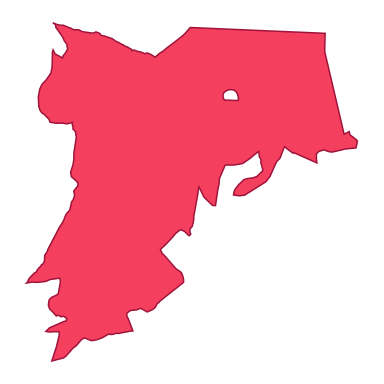 Isangi, Orientale, Democratic Republic of the Congo (Mercator projection)
{"feature_id": "63176286B30130216174864", "entity_name": "Isangi", "entity_type": "district", "adm_level": 2, "iso_a3": "COD", "parent_name": "Democratic Republic of the Congo", "parent_adm1": "Orientale", "projection": "mercator", "projection_center": [24.08, 0.36], "detail": "fine", "context": "isolated", "style": "filled", "palette": "rose", "viewbox_px": 384, "rotation_deg": 0, "n_neighbors": 0, "source": "geoboundaries", "source_scale": "gbopen_adm2", "svg_char_len": 4446}
<svg xmlns="http://www.w3.org/2000/svg" viewBox="0 0 384 384"><path d="M190.2,27.5L185.0,33.5L182.3,36.1L180.4,37.5L178.7,38.9L173.3,43.0L166.9,47.9L163.1,51.1L160.6,52.6L158.9,53.8L158.4,54.3L155.0,57.2L153.2,55.9L151.8,55.0L150.1,54.1L148.2,53.2L147.9,53.2L146.5,53.0L145.2,53.6L144.9,53.7L141.0,52.1L140.0,51.7L138.3,51.6L134.5,50.2L133.8,50.0L133.0,50.3L132.0,50.8L131.8,50.1L131.6,49.4L127.9,47.3L126.8,46.6L125.0,46.4L123.6,45.4L123.6,45.2L123.4,44.8L122.4,44.6L119.5,43.0L117.3,41.8L115.3,41.0L113.3,39.3L111.3,38.3L107.3,37.0L104.1,35.9L101.5,35.5L99.5,33.2L97.8,32.6L96.3,32.0L95.6,32.1L95.3,32.1L95.0,32.3L93.8,32.9L92.4,33.1L84.9,32.0L82.4,31.7L78.8,29.8L75.4,29.7L73.5,29.7L72.8,29.3L71.0,28.2L68.1,27.3L63.3,25.2L62.0,25.2L60.1,25.2L56.8,24.4L53.5,23.0L53.4,23.3L55.5,24.5L55.6,25.7L55.7,26.5L55.8,27.3L62.7,37.1L64.3,40.9L67.1,44.6L67.1,44.8L67.0,46.0L67.7,48.9L65.2,53.3L64.5,54.1L63.1,55.8L63.0,56.4L62.9,56.6L62.6,57.9L56.4,54.6L55.2,54.0L53.1,49.9L52.4,52.4L52.3,59.2L52.1,67.2L51.2,71.6L50.8,73.3L46.0,80.1L42.1,84.1L39.8,89.0L39.2,92.2L38.3,96.9L38.8,106.5L40.0,110.2L40.8,111.4L41.9,113.0L43.8,114.0L44.8,115.0L49.0,119.3L50.0,122.2L53.6,122.8L56.7,123.3L59.9,123.1L62.6,123.1L66.8,123.9L72.4,122.5L72.3,124.1L72.2,124.4L72.4,125.2L72.6,126.0L73.1,127.7L73.0,128.1L73.0,128.3L72.9,129.0L75.4,131.6L76.3,137.2L73.9,153.0L73.8,159.7L73.0,164.7L70.6,172.4L71.4,176.7L72.9,178.0L75.9,180.6L77.9,183.0L77.9,185.7L73.7,191.1L74.6,195.4L74.3,196.5L73.3,199.4L71.6,202.0L69.7,210.2L69.2,210.7L68.7,211.2L67.0,213.0L66.5,213.8L66.4,214.0L65.7,215.0L63.2,221.4L59.0,228.0L56.9,232.1L48.7,247.8L47.8,249.5L47.5,250.8L46.6,252.6L45.0,254.7L44.6,257.0L44.5,260.6L44.4,261.4L43.5,262.7L43.1,263.9L42.6,264.2L41.7,264.6L40.9,265.8L40.8,266.0L40.1,267.0L39.5,267.2L37.3,269.9L36.2,272.0L34.9,272.8L34.2,273.1L29.2,278.4L27.2,282.4L26.9,282.7L26.6,283.0L32.0,282.1L37.4,282.4L45.7,281.4L50.2,279.5L59.7,278.2L60.3,280.7L60.3,282.7L59.7,285.8L59.0,289.9L58.2,293.9L56.5,295.1L51.7,297.3L49.2,299.7L48.6,302.8L48.4,305.4L48.5,305.7L49.7,309.1L51.5,310.7L56.3,316.0L57.2,315.6L57.5,315.5L57.8,315.4L58.8,315.4L60.8,316.7L63.8,316.3L66.8,318.6L66.3,320.9L64.0,321.4L49.5,327.8L45.9,331.4L49.0,332.0L54.7,331.7L58.8,331.7L59.3,333.0L59.1,335.6L56.4,346.9L51.8,361.0L63.6,357.9L64.7,357.1L66.6,355.5L72.8,348.3L76.3,345.7L81.0,340.1L83.7,338.1L84.5,338.2L85.9,338.4L88.7,339.6L90.7,340.5L92.6,340.6L97.1,339.7L102.6,337.6L108.6,334.1L110.6,334.5L110.9,334.5L112.3,334.4L112.5,334.4L112.8,334.4L116.3,333.2L117.6,333.4L118.6,333.5L121.1,332.9L127.0,331.8L129.4,331.3L132.9,330.9L129.0,320.6L126.7,315.3L127.1,313.0L130.6,310.4L136.5,309.9L140.8,308.3L147.2,312.0L152.4,309.7L153.9,308.6L154.3,308.3L155.6,306.9L156.5,304.9L156.8,304.4L157.0,303.9L157.3,303.6L157.5,303.5L158.3,302.9L159.7,301.8L159.9,301.1L161.1,300.2L180.9,284.5L183.6,282.4L183.6,279.4L182.6,275.4L181.3,272.5L179.0,270.7L176.7,269.4L174.9,267.5L174.1,266.6L164.8,255.9L162.1,253.3L160.4,249.5L166.0,244.2L172.1,237.7L173.2,236.4L175.6,233.5L179.4,230.4L181.1,229.8L184.5,231.4L187.9,234.8L189.4,235.7L190.8,234.1L190.1,232.4L189.9,230.3L189.9,230.2L189.9,229.9L190.1,228.9L191.9,226.8L192.2,226.4L193.6,221.0L193.6,219.7L193.9,218.1L193.7,216.8L197.9,193.7L198.4,189.1L199.0,187.0L204.0,197.2L212.4,205.4L215.5,205.6L217.8,189.6L218.7,185.6L219.0,184.4L219.5,178.3L225.2,165.1L234.3,165.0L242.6,163.5L250.1,158.4L254.5,154.6L258.8,151.5L258.9,151.8L259.3,156.6L259.9,157.6L260.1,158.0L261.0,159.6L260.9,161.1L260.9,161.5L260.8,162.4L262.6,169.1L262.7,170.8L256.7,176.6L252.3,178.0L247.7,178.5L243.9,179.6L238.4,184.9L235.2,189.1L234.0,191.8L233.5,195.0L239.6,195.8L244.4,195.2L244.6,195.2L266.0,181.7L266.8,180.6L270.1,176.3L275.0,165.1L276.8,161.4L279.9,158.4L284.0,147.8L284.8,146.7L286.6,148.5L293.0,153.2L293.6,153.0L293.7,152.9L294.1,152.8L316.9,162.9L316.4,158.4L316.4,153.9L318.9,151.4L324.1,149.8L326.3,150.8L329.9,151.9L332.5,152.0L343.0,149.6L344.4,149.1L356.0,147.9L356.7,144.8L357.4,141.1L356.1,139.5L350.1,134.9L349.2,131.6L344.1,134.2L338.9,112.0L338.0,108.1L333.0,86.9L324.7,51.6L325.1,33.5L325.1,33.3L323.6,33.3L318.3,33.0L273.1,31.1L238.4,29.6L228.6,29.2L215.6,28.6L190.2,27.5ZM224.3,99.9L223.6,98.5L222.9,95.9L223.5,93.3L224.6,91.9L226.9,90.5L228.9,89.8L230.7,89.6L233.5,90.0L234.9,90.7L236.2,91.9L237.0,93.1L237.7,95.0L238.3,97.3L238.3,99.4L238.0,100.5L236.8,100.5L226.0,100.1L224.5,100.1L224.3,99.9Z" fill="#f43f5e" stroke="#9f1239" stroke-width="1.5"/></svg>